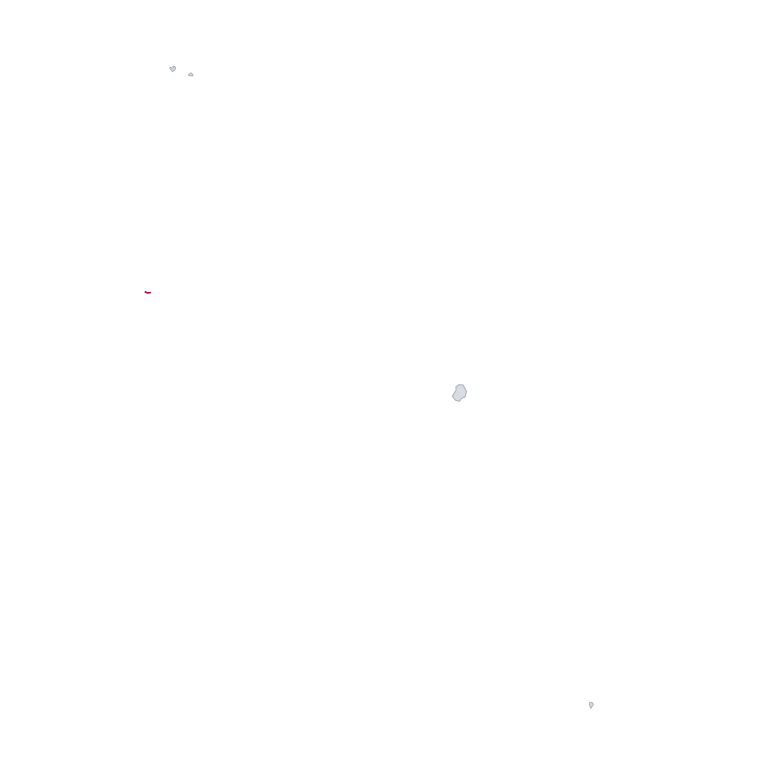 Ta, Chuuk, Federated States of Micronesia (highlighted), rotated 43°
{"feature_id": "79324940B22444960542249", "entity_name": "Ta", "entity_type": "district", "adm_level": 2, "iso_a3": "FSM", "parent_name": "Federated States of Micronesia", "parent_adm1": "Chuuk", "projection": "equal_earth", "projection_center": [153.68, 5.302], "detail": "fine", "context": "in_parent", "style": "filled", "palette": "rose", "viewbox_px": 768, "rotation_deg": 43, "n_neighbors": 0, "source": "geoboundaries", "source_scale": "gbopen_adm2", "svg_char_len": 1161}
<svg xmlns="http://www.w3.org/2000/svg" viewBox="0 0 768 768"><g transform="rotate(43 384 384)"><path d="M450.9,345.2L447.1,347.2L442.3,346.3L440.8,339.1L438.6,337.2L439.1,333.7L442.4,330.8L449.5,333.2L452.1,338.2L450.5,341.6L450.9,345.2ZM16.6,298.5L16.1,299.7L12.1,299.2L11.6,298.6L11.9,298.1L13.8,297.5L14.0,295.9L13.1,295.6L13.9,294.8L15.5,294.6L16.4,295.6L16.8,297.0L16.6,298.5ZM755.7,475.8L756.4,480.1L752.3,478.0L751.7,476.5L754.1,475.0L755.7,475.8ZM31.9,291.0L30.7,291.4L30.2,291.0L30.5,288.8L30.8,288.0L31.9,287.9L33.8,288.5L33.9,289.1L31.9,291.0Z" fill="#d9dde1" stroke="#a8b0b8" stroke-width="1"/><path d="M147.5,479.3L147.8,479.2L148.0,479.1L148.3,479.0L148.6,478.9L149.0,478.7L149.3,478.5L149.6,478.0L149.7,477.8L149.9,477.6L150.1,477.4L150.8,476.7L151.0,476.5L151.2,476.4L151.3,476.4L151.2,476.4L151.0,476.5L150.9,476.5L150.7,476.6L150.5,476.9L150.4,477.0L150.2,477.2L150.1,477.3L149.8,477.6L149.7,477.7L149.5,477.9L149.4,478.2L149.2,478.4L148.9,478.7L148.6,478.8L147.7,479.1L147.4,479.2L147.4,479.3L147.2,479.4L146.9,479.3L146.7,479.3L146.8,479.6L147.1,479.6L147.4,479.4L147.5,479.3Z" fill="#f43f5e" stroke="#9f1239" stroke-width="1.5"/></g></svg>